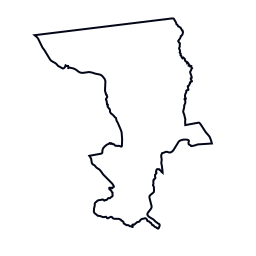 outline of Maniema, rotated 173°
{"feature_id": "COD-1895", "entity_name": "Maniema", "entity_type": "Province", "adm_level": 1, "iso_a3": "COD", "parent_name": "Democratic Republic of the Congo", "parent_adm1": "", "projection": "robinson", "projection_center": [26.456, -2.545], "detail": "fine", "context": "isolated", "style": "outline", "palette": "ink", "viewbox_px": 256, "rotation_deg": 173, "n_neighbors": 0, "source": "natural_earth", "source_scale": "10m", "svg_char_len": 5736}
<svg xmlns="http://www.w3.org/2000/svg" viewBox="0 0 256 256"><g transform="rotate(173 128 128)"><path d="M57.5,124.7L56.8,124.6L56.1,123.8L55.2,122.3L51.6,114.8L48.2,109.6L47.7,108.1L47.1,105.6L46.6,102.4L61.0,103.2L62.9,102.7L66.5,102.3L67.2,102.3L67.6,102.5L67.5,102.8L69.6,104.3L69.7,104.6L69.8,105.9L69.7,106.4L69.2,107.3L69.1,107.7L69.2,108.2L69.4,108.5L70.5,109.1L71.2,109.3L72.3,109.5L74.1,109.7L75.7,109.6L77.7,109.2L79.0,108.6L79.4,108.2L85.5,100.6L86.6,99.6L87.2,99.2L87.9,98.9L88.8,98.6L89.5,98.6L90.2,98.7L91.9,99.5L92.9,99.7L93.6,99.7L95.6,99.1L97.2,98.9L98.1,97.4L98.4,96.6L98.5,95.7L98.4,92.9L98.5,92.0L99.2,89.3L99.2,88.4L99.0,86.6L99.0,81.2L99.1,79.4L100.2,80.6L100.7,81.7L101.0,82.0L101.8,82.5L101.9,83.2L103.2,83.5L104.0,83.6L104.5,83.4L104.9,82.9L105.1,82.0L105.6,81.2L105.6,80.8L105.2,80.0L105.3,79.7L105.6,79.3L106.4,78.7L106.9,78.1L106.9,77.3L107.1,76.2L106.9,75.4L107.0,74.9L107.8,74.2L108.6,73.9L108.9,73.6L109.0,73.3L108.9,72.7L109.3,72.3L109.4,72.0L109.5,70.0L109.6,69.4L110.0,68.7L110.2,68.1L109.6,66.8L109.5,66.3L109.8,62.7L110.1,61.4L110.7,60.8L113.6,59.0L114.5,58.3L115.0,57.7L115.1,57.1L115.2,56.0L114.1,47.4L114.3,46.4L114.5,45.9L115.2,44.9L118.5,41.6L119.0,40.8L119.3,40.2L119.2,39.1L119.0,38.6L117.9,37.2L113.9,34.1L112.3,32.0L110.5,30.2L108.6,28.7L108.4,28.0L108.5,27.1L109.4,25.4L109.8,24.8L110.1,24.5L110.7,24.6L111.1,25.0L111.5,25.1L111.9,25.8L113.0,26.3L114.2,27.5L114.5,28.2L114.8,28.5L115.4,28.5L115.8,28.8L116.7,31.0L117.5,31.3L117.7,31.8L118.7,32.8L120.0,33.3L120.5,35.0L121.2,36.0L121.7,36.3L122.1,36.4L123.2,36.1L125.0,36.1L125.4,36.0L126.7,35.3L128.2,33.7L128.6,33.6L130.3,33.5L133.6,31.3L134.6,31.6L135.2,31.5L135.4,31.4L135.5,30.9L135.3,30.2L135.3,29.7L135.4,29.3L135.8,29.2L137.0,30.1L138.3,30.4L139.1,31.2L139.8,31.6L140.4,31.7L141.2,31.7L141.5,31.8L142.2,32.6L143.2,33.2L143.6,33.5L143.9,34.1L143.9,34.9L144.4,35.8L144.9,36.4L145.8,36.8L146.2,37.8L146.5,38.0L147.2,38.3L147.7,38.7L148.2,38.9L149.9,39.2L152.5,39.5L153.6,40.0L154.2,40.4L154.5,41.2L154.9,41.6L155.2,41.8L155.7,41.9L156.6,41.7L158.8,40.9L159.4,40.9L159.9,41.3L160.3,42.2L160.7,42.6L162.5,42.5L163.7,42.6L166.4,44.0L168.1,44.5L168.7,44.6L171.8,47.9L172.1,49.5L171.9,50.1L171.6,52.1L170.5,54.9L170.2,57.0L169.9,57.6L167.1,59.6L166.5,59.8L165.9,59.9L164.0,59.9L162.0,60.2L161.7,60.1L161.4,59.7L160.9,59.5L160.6,59.0L160.3,58.8L160.2,58.8L159.2,59.3L158.3,59.2L157.9,59.3L156.1,60.8L155.4,60.7L154.6,60.5L154.4,60.6L153.3,61.4L151.9,62.1L151.5,62.6L151.5,64.3L151.2,65.7L151.2,65.9L151.8,66.4L152.1,66.9L152.3,68.1L153.2,68.8L153.9,69.5L154.0,70.2L153.9,70.8L153.4,71.0L152.6,70.6L151.9,70.8L151.3,70.3L151.0,70.2L150.6,70.4L150.0,71.1L149.2,71.4L149.2,71.8L149.6,73.1L150.5,74.8L158.3,84.9L160.1,88.3L160.9,89.5L161.4,90.2L164.1,92.5L165.5,94.6L166.1,95.3L167.4,96.2L167.9,96.9L168.2,98.2L168.3,101.4L168.4,102.3L169.8,105.1L157.7,105.8L156.9,106.2L156.4,107.0L156.2,108.6L155.6,110.1L155.2,110.8L154.4,111.6L153.5,112.4L151.9,113.5L150.8,114.1L148.8,114.7L148.1,115.3L147.7,115.2L147.3,114.5L147.1,114.4L146.6,114.9L146.2,114.9L145.9,114.6L145.6,114.0L145.4,113.9L144.4,113.8L144.1,113.7L142.9,112.1L142.6,111.9L141.6,111.8L140.9,111.5L139.8,111.5L138.5,111.2L137.3,110.4L136.7,110.4L136.4,110.6L136.0,112.3L135.2,117.5L134.9,123.7L134.9,124.6L135.3,126.8L137.5,134.4L138.3,136.2L138.5,136.9L138.7,139.1L138.8,139.5L139.6,140.2L141.4,142.9L143.2,144.6L143.9,146.3L143.7,147.9L144.1,149.4L144.4,149.7L144.8,150.1L145.1,150.9L145.6,151.7L145.6,152.5L145.2,153.0L145.1,153.4L145.3,153.8L145.9,154.0L146.0,154.2L145.8,155.2L146.0,156.1L145.9,157.7L146.0,158.1L146.4,158.7L146.4,159.1L146.3,159.5L144.9,161.2L144.8,161.8L145.1,162.6L145.1,163.4L145.6,163.6L145.8,164.0L145.7,165.2L146.1,165.7L146.1,166.9L146.3,167.8L144.8,176.7L144.8,177.9L145.0,178.8L145.3,179.7L146.2,181.2L147.4,183.0L148.2,183.7L149.0,184.3L154.0,186.0L156.9,187.4L159.8,188.3L166.2,188.2L167.6,188.5L168.9,189.0L170.2,189.9L172.5,192.2L173.9,193.2L175.3,193.9L178.4,195.0L179.1,195.0L179.8,194.7L180.0,194.8L179.7,196.2L179.9,196.9L180.2,197.0L180.9,196.9L181.3,197.0L182.3,197.8L182.9,196.6L183.3,196.0L183.9,195.5L184.6,195.1L185.3,195.0L186.0,195.3L187.6,196.6L189.7,198.0L191.3,200.3L191.9,201.0L195.7,203.8L196.4,204.6L197.0,205.5L201.4,215.3L203.1,218.3L206.3,227.6L206.8,228.5L207.5,229.5L209.4,231.5L71.0,231.4L70.0,231.2L69.3,231.0L67.6,227.1L67.4,226.2L67.3,225.3L67.2,225.0L66.4,224.4L65.8,222.8L64.8,222.2L64.1,221.5L63.5,221.0L62.7,218.8L62.0,218.2L62.2,217.8L61.7,216.7L61.8,216.2L62.5,214.3L63.1,213.6L63.8,213.0L64.4,212.7L64.4,212.3L65.8,210.1L67.2,208.7L67.6,208.1L66.6,206.1L66.2,205.8L66.8,202.3L67.5,201.1L67.6,200.6L67.5,200.0L67.1,199.4L67.0,198.0L67.0,197.6L67.5,196.7L67.5,196.4L66.6,195.3L66.7,194.9L66.8,194.8L67.0,194.1L67.0,193.7L66.4,193.3L66.1,191.7L65.5,190.6L65.3,190.4L65.0,190.5L64.5,191.1L63.2,189.7L63.2,188.0L63.1,187.7L62.0,186.7L61.5,185.2L60.9,185.8L60.1,184.6L59.9,183.9L59.7,183.2L59.9,183.2L60.1,182.9L60.2,182.5L59.8,182.4L58.5,182.3L58.2,182.1L58.4,182.0L58.7,181.5L57.9,181.2L57.6,180.8L57.1,179.5L57.7,179.1L58.5,177.5L59.5,176.1L59.4,174.7L58.7,171.7L58.6,170.4L58.6,170.1L58.8,170.0L59.3,169.9L59.6,169.8L59.7,168.9L59.7,168.5L59.0,167.2L58.9,166.5L59.6,166.2L60.3,166.2L60.5,166.0L60.9,165.6L61.0,164.6L61.4,164.5L62.1,163.1L62.5,162.6L63.3,162.4L63.6,162.0L63.4,158.6L63.7,158.4L64.3,158.3L65.2,158.3L65.6,157.9L65.8,156.5L65.9,156.2L66.5,155.5L67.4,153.7L67.6,152.8L67.4,151.9L67.7,151.0L67.7,150.9L67.1,150.5L67.0,150.1L67.3,149.7L67.5,149.8L68.0,150.3L68.3,150.0L68.4,149.5L67.8,148.7L67.9,147.1L68.0,146.3L68.3,145.4L69.5,143.5L69.7,141.7L71.0,138.4L71.2,137.6L71.2,136.9L70.5,134.1L70.3,131.3L70.0,129.8L70.5,127.6L70.8,123.9L57.5,124.7Z" fill="none" stroke="#020617" stroke-width="2"/></g></svg>